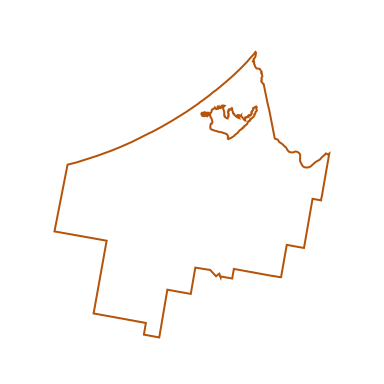 Coorong, South Australia, Australia (Equal Earth projection), rotated 100°
{"feature_id": "25037944B88075036338207", "entity_name": "Coorong", "entity_type": "district", "adm_level": 2, "iso_a3": "AUS", "parent_name": "Australia", "parent_adm1": "South Australia", "projection": "equal_earth", "projection_center": [139.321, -35.718], "detail": "fine", "context": "isolated", "style": "outline", "palette": "amber", "viewbox_px": 384, "rotation_deg": 100, "n_neighbors": 0, "source": "geoboundaries", "source_scale": "gbopen_adm2", "svg_char_len": 5971}
<svg xmlns="http://www.w3.org/2000/svg" viewBox="0 0 384 384"><g transform="rotate(100 192 192)"><path d="M43.1,153.9L45.7,155.1L49.0,157.3L54.7,160.7L62.9,166.3L71.0,172.3L77.3,177.4L83.9,182.9L87.7,186.2L90.1,188.6L93.2,191.1L100.0,197.5L101.8,199.4L103.7,200.9L114.0,211.4L125.2,223.9L133.6,233.9L140.2,242.3L140.8,243.4L153.0,259.7L160.0,270.2L165.0,278.1L172.8,291.6L182.8,310.6L186.7,319.3L254.7,320.6L254.8,267.6L328.7,267.8L329.0,214.7L340.8,214.6L340.9,199.0L292.5,199.3L292.6,175.5L265.9,175.6L265.8,170.2L265.7,170.0L265.8,169.1L265.6,160.6L270.8,153.7L267.7,151.0L268.2,150.5L269.0,150.4L271.3,148.9L270.2,148.9L270.2,137.4L260.5,137.4L260.7,98.5L260.6,98.3L260.6,90.4L260.4,89.5L227.6,89.5L227.7,72.0L177.8,72.1L177.8,63.4L175.2,63.6L174.8,63.4L130.3,63.5L131.5,64.6L130.8,66.8L132.5,67.9L135.2,70.1L137.9,71.7L140.9,75.4L146.2,79.6L147.5,81.5L148.1,83.9L148.1,85.3L147.7,86.7L146.9,87.9L143.3,90.6L141.8,91.2L138.2,91.6L136.9,91.9L135.8,92.5L134.8,93.7L134.2,95.3L134.1,96.4L134.3,97.4L135.3,99.1L135.6,100.0L135.8,101.5L135.6,103.1L135.3,103.8L133.9,105.5L131.7,107.2L131.4,108.0L129.0,111.6L127.6,114.8L126.8,115.6L126.0,116.1L125.5,116.7L125.2,119.0L125.0,119.6L124.4,120.0L97.8,130.2L91.5,133.0L73.7,140.0L73.8,140.2L72.7,141.0L71.3,142.9L70.6,143.1L69.8,142.7L69.3,142.7L69.0,142.8L69.0,143.1L68.2,143.4L67.2,143.3L66.5,142.8L65.5,142.9L63.5,143.7L63.3,144.3L62.8,144.6L62.4,144.3L61.8,144.1L59.0,146.7L59.1,149.7L58.5,150.7L56.9,152.0L55.8,152.4L54.9,153.2L53.5,153.2L53.2,153.4L53.2,154.3L52.8,154.8L52.3,154.6L52.1,154.1L51.8,153.9L51.4,153.9L50.7,154.4L50.3,154.5L49.7,153.9L48.5,153.3L47.0,153.0L43.6,153.2L43.1,153.9ZM96.9,144.2L96.7,143.6L97.0,143.4L97.1,143.0L97.7,143.0L97.8,143.4L98.2,143.5L100.3,142.3L101.3,142.6L102.0,143.3L103.1,143.3L104.2,143.5L104.7,144.1L105.2,143.8L106.6,144.1L107.8,144.9L108.1,145.4L108.7,145.6L109.6,146.6L110.5,146.8L111.0,147.5L112.1,147.5L112.3,147.7L112.3,148.5L112.7,148.9L115.0,149.4L116.1,150.0L116.6,150.6L117.1,150.8L117.7,151.5L118.2,151.7L118.3,152.0L118.6,152.0L119.0,152.3L119.0,152.5L119.6,152.7L119.8,153.0L120.0,152.9L120.3,153.5L121.0,153.7L121.3,154.2L121.7,154.3L122.6,155.4L123.4,156.0L126.1,157.5L128.2,159.5L129.2,160.1L130.7,161.5L132.0,163.0L132.9,164.5L133.3,164.9L132.9,165.3L133.4,165.6L133.3,166.0L132.4,166.0L131.3,166.3L130.8,166.1L130.3,166.6L129.6,167.0L129.0,168.0L128.9,168.1L129.0,168.3L128.5,169.7L128.5,171.0L128.3,171.8L128.3,172.2L128.0,172.5L128.2,173.6L128.1,173.9L128.0,174.7L128.1,176.7L127.7,178.6L127.6,180.9L127.2,182.3L127.1,183.1L127.2,183.3L126.4,184.8L125.6,185.0L125.2,185.3L122.2,185.4L121.7,185.3L121.6,184.9L121.4,184.9L121.3,184.5L120.9,184.5L119.7,183.9L116.3,185.5L115.4,186.4L114.4,187.1L113.6,187.5L112.6,187.7L112.5,188.2L113.3,188.2L113.1,188.7L113.1,188.9L112.9,188.9L113.0,189.2L112.8,189.5L113.6,189.4L114.3,190.0L114.8,190.2L114.8,191.2L114.4,191.5L114.0,191.3L114.0,191.1L113.9,191.6L114.0,192.0L114.3,192.2L114.3,193.0L114.8,192.8L115.2,193.1L115.1,193.5L115.2,194.5L114.8,194.4L114.8,194.6L115.0,194.9L114.9,195.2L114.5,195.4L114.4,195.7L114.0,195.7L114.2,195.8L113.6,196.3L113.2,196.4L112.2,195.9L112.2,195.6L112.5,195.4L112.9,195.5L112.8,195.2L113.1,194.8L112.8,194.7L112.5,194.9L112.4,194.6L112.2,195.0L111.9,194.5L112.0,194.5L111.8,194.2L111.8,193.8L111.4,193.8L111.2,193.5L111.3,193.1L111.7,192.9L111.5,192.5L111.8,192.2L111.9,192.4L112.1,192.2L111.8,191.9L111.8,191.7L111.6,191.3L112.2,191.4L112.7,190.3L112.3,190.0L111.7,190.4L111.8,189.7L111.3,189.8L111.1,189.6L111.1,189.4L111.5,189.4L111.7,189.1L111.4,188.7L111.4,188.3L111.6,188.0L111.5,187.7L111.2,187.4L110.1,186.9L108.8,186.7L108.0,186.8L107.2,186.5L107.1,186.0L106.1,185.2L105.9,184.5L105.5,184.4L105.4,183.9L105.0,183.9L106.2,182.5L105.9,182.0L105.7,181.0L105.1,180.5L104.7,180.9L104.6,180.6L104.8,180.6L104.6,180.5L104.4,179.9L104.2,180.2L103.9,181.0L103.5,181.5L103.3,181.4L103.4,180.9L103.7,180.6L103.3,180.4L103.9,180.1L104.0,179.8L104.0,179.3L103.5,178.8L103.5,178.5L103.7,178.4L104.2,178.8L104.5,178.7L104.7,177.9L104.6,178.5L104.4,178.3L103.9,178.4L103.4,178.0L103.1,178.1L102.7,178.0L102.6,177.9L102.7,177.7L103.1,177.8L103.2,177.4L102.6,177.5L102.4,177.2L102.2,177.3L102.3,176.8L101.6,176.6L101.6,176.8L101.4,176.6L101.4,176.1L101.6,176.4L102.0,176.4L101.9,176.1L101.7,176.0L101.8,175.8L101.7,175.3L101.5,175.0L101.5,174.9L102.2,175.3L101.9,175.5L102.1,176.3L102.4,176.4L102.5,176.1L102.8,176.0L103.5,176.2L107.8,174.1L108.8,174.0L110.0,173.6L110.5,173.7L111.5,173.3L111.6,172.7L112.2,172.6L112.7,172.0L113.4,170.2L113.4,169.7L112.4,169.7L111.3,169.1L110.7,169.4L110.6,169.6L110.3,169.7L109.6,169.2L108.8,169.4L108.4,170.0L107.9,170.2L106.6,169.9L106.5,170.1L106.8,170.2L106.7,170.5L106.3,170.6L106.1,170.5L106.1,170.4L105.9,170.1L105.3,170.1L104.5,170.2L103.9,169.6L104.1,168.7L104.3,168.6L104.2,168.4L103.5,167.9L103.7,167.5L103.3,167.5L103.5,167.3L103.1,166.9L104.7,166.5L105.9,165.7L106.4,165.6L107.2,165.1L107.4,164.7L107.6,164.9L108.4,164.0L109.3,162.4L109.6,162.3L109.7,161.6L110.1,161.3L110.6,160.4L110.5,160.2L110.8,159.4L111.0,158.4L110.7,158.6L109.9,160.7L108.4,160.5L108.1,160.1L108.1,159.3L108.5,159.1L108.6,158.5L108.4,158.0L109.0,157.0L108.8,157.2L108.2,156.9L109.1,156.8L109.6,155.5L111.2,154.0L111.4,153.4L111.7,153.2L111.7,152.7L111.9,152.4L112.2,152.4L112.3,151.9L112.0,152.0L111.7,152.4L111.1,152.4L110.7,152.8L110.3,152.7L110.2,152.6L110.4,152.5L110.3,152.4L109.5,152.2L109.4,152.5L109.1,152.4L109.1,151.9L108.7,151.2L108.9,150.8L107.8,150.2L107.7,149.9L107.9,149.6L107.0,149.9L106.7,149.7L106.3,149.1L106.5,148.9L106.6,148.1L106.2,148.1L105.8,147.2L105.3,147.0L104.9,147.2L104.1,146.9L103.8,147.1L103.7,146.9L103.0,147.4L102.4,147.1L102.1,146.7L101.4,146.7L101.1,146.4L99.8,145.9L99.2,146.0L99.4,146.3L98.9,146.3L98.5,146.2L98.5,145.8L97.5,144.7L97.4,144.4L96.9,144.2ZM113.6,193.5L113.2,193.6L113.1,193.9L112.4,194.3L112.9,194.1L113.1,194.3L113.5,194.3L113.6,194.1L113.5,193.7L113.6,193.5Z" fill="none" stroke="#b45309" stroke-width="2"/></g></svg>